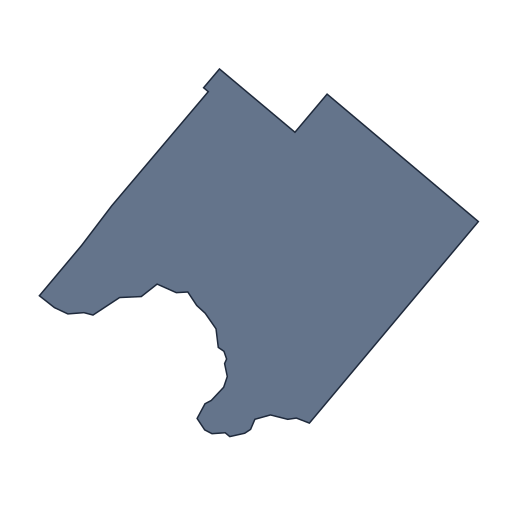 Roger Mills, Oklahoma, United States of America, rotated 220°
{"feature_id": "52423323B14200891286465", "entity_name": "Roger Mills", "entity_type": "district", "adm_level": 2, "iso_a3": "USA", "parent_name": "United States of America", "parent_adm1": "Oklahoma", "projection": "mercator", "projection_center": [-99.698, 35.717], "detail": "fine", "context": "isolated", "style": "filled", "palette": "slate", "viewbox_px": 512, "rotation_deg": 220, "n_neighbors": 0, "source": "geoboundaries", "source_scale": "gbopen_adm2", "svg_char_len": 693}
<svg xmlns="http://www.w3.org/2000/svg" viewBox="0 0 512 512"><g transform="rotate(220 256 256)"><path d="M107.8,425.3L305.6,425.7L305.7,375.8L363.0,375.8L404.2,375.8L404.3,351.2L398.2,351.2L398.8,201.8L396.4,152.0L396.4,86.3L377.2,86.9L362.9,90.7L351.4,102.0L342.9,106.0L333.8,136.5L317.8,151.2L313.7,170.9L293.5,176.7L285.1,184.6L269.6,180.0L258.1,179.5L239.8,174.5L226.1,161.7L219.3,162.4L212.3,158.2L210.9,153.4L200.5,145.2L196.4,134.7L197.4,116.6L200.1,110.1L196.7,93.7L183.5,89.8L175.5,91.6L166.0,100.8L160.0,100.8L150.7,113.0L148.7,119.7L151.9,130.2L142.8,143.5L126.7,151.3L120.9,157.8L107.7,162.3L107.8,312.6L107.8,425.3Z" fill="#64748b" stroke="#1e293b" stroke-width="1.5"/></g></svg>